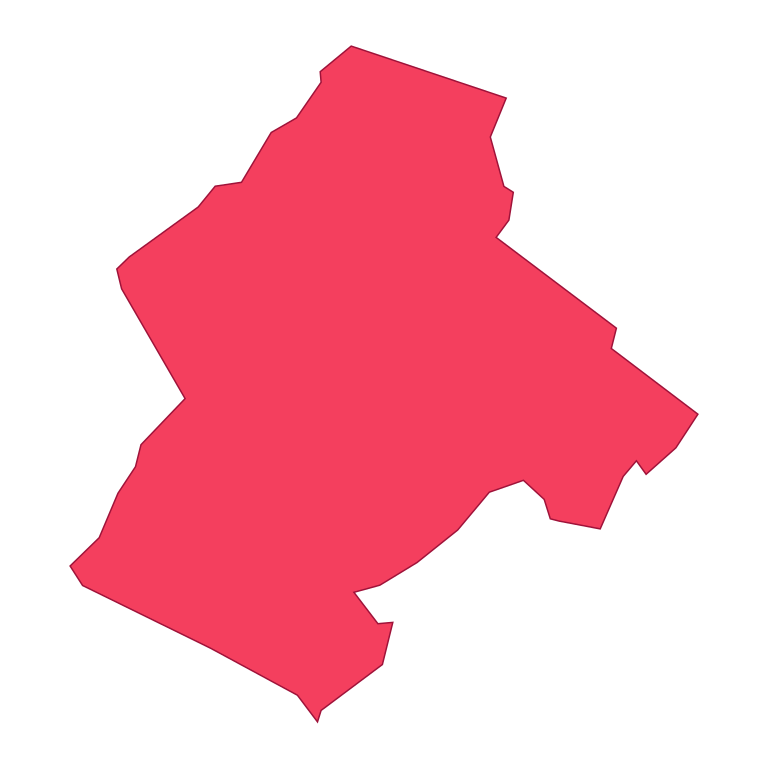 Botetourt, Virginia, United States of America (Albers equal-area conic projection)
{"feature_id": "52423323B68176065180378", "entity_name": "Botetourt", "entity_type": "district", "adm_level": 2, "iso_a3": "USA", "parent_name": "United States of America", "parent_adm1": "Virginia", "projection": "albers", "projection_center": [-79.803, 37.555], "detail": "fine", "context": "isolated", "style": "filled", "palette": "rose", "viewbox_px": 768, "rotation_deg": 0, "n_neighbors": 0, "source": "geoboundaries", "source_scale": "gbopen_adm2", "svg_char_len": 736}
<svg xmlns="http://www.w3.org/2000/svg" viewBox="0 0 768 768"><path d="M70.1,566.0L82.6,585.5L210.3,648.1L228.1,657.7L273.9,682.5L297.4,695.2L317.5,721.9L321.1,710.4L382.4,664.5L392.8,622.4L377.9,623.7L353.9,592.3L379.8,585.2L417.2,562.4L457.7,530.0L489.3,492.2L523.4,480.3L544.2,499.4L550.3,518.8L559.2,521.1L600.2,528.9L623.2,476.4L636.4,460.8L646.1,474.3L675.9,447.8L697.9,414.2L611.3,348.5L616.4,328.2L496.1,237.4L508.9,220.1L513.3,192.3L503.9,186.4L490.3,137.0L506.2,98.1L351.2,46.1L320.2,71.7L321.1,82.3L296.5,117.9L271.2,132.5L241.5,182.3L215.2,186.2L198.2,207.0L129.3,256.9L116.8,269.0L121.6,288.8L185.1,398.6L141.0,444.7L135.5,466.7L118.0,493.2L99.2,537.7L70.1,566.0Z" fill="#f43f5e" stroke="#9f1239" stroke-width="1.5"/></svg>